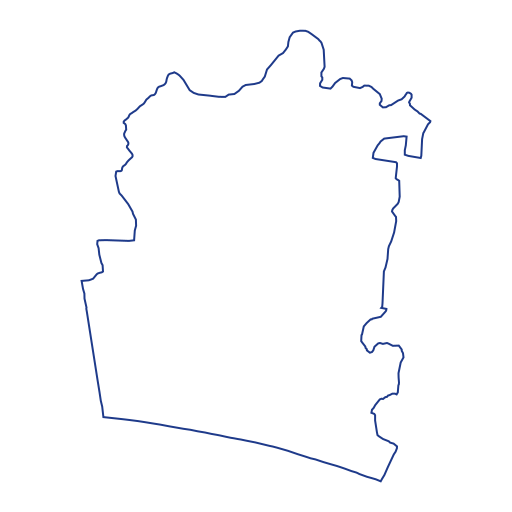 Taxisco, Santa Rosa, Guatemala (orthographic projection)
{"feature_id": "79465075B64159565485617", "entity_name": "Taxisco", "entity_type": "district", "adm_level": 2, "iso_a3": "GTM", "parent_name": "Guatemala", "parent_adm1": "Santa Rosa", "projection": "orthographic", "projection_center": [-90.543, 14.04], "detail": "fine", "context": "isolated", "style": "outline", "palette": "blue", "viewbox_px": 512, "rotation_deg": 0, "n_neighbors": 0, "source": "geoboundaries", "source_scale": "gbopen_adm2", "svg_char_len": 5239}
<svg xmlns="http://www.w3.org/2000/svg" viewBox="0 0 512 512"><path d="M81.6,280.9L83.0,288.8L84.4,293.6L84.5,298.6L86.5,307.6L86.3,308.7L86.9,312.1L97.6,380.4L99.5,392.1L100.8,400.8L102.2,406.6L103.4,417.1L109.0,417.7L122.8,419.2L129.5,420.0L138.1,421.1L145.2,422.2L153.8,423.6L160.2,424.6L169.1,426.3L183.5,428.8L190.5,429.8L197.7,431.3L205.0,432.5L211.4,433.9L217.1,434.9L220.2,435.5L226.0,436.8L230.8,437.8L234.0,438.3L238.2,439.1L240.8,439.5L246.0,440.6L252.1,441.8L255.2,442.4L269.6,445.9L272.6,446.5L276.8,447.6L283.4,449.5L287.9,450.8L297.8,454.2L304.8,456.4L308.2,457.5L310.6,458.3L315.4,459.4L323.5,462.1L330.3,464.1L336.6,465.9L339.7,466.9L344.7,468.6L351.5,471.1L354.9,472.1L356.5,472.6L357.8,473.2L359.3,474.0L361.5,474.8L367.0,476.8L371.0,477.9L375.8,479.3L380.7,481.3L381.9,479.1L384.4,475.0L387.8,467.2L393.8,454.4L395.6,451.7L396.9,448.3L397.0,446.4L393.6,443.6L390.1,442.6L388.8,441.3L383.0,439.0L378.8,436.2L377.5,435.1L376.9,432.1L375.1,420.5L375.1,415.2L374.3,413.9L371.4,412.8L372.0,409.7L373.6,408.0L375.3,405.0L379.8,399.4L381.6,398.7L383.0,399.0L385.4,397.1L386.9,396.9L388.1,395.5L389.6,395.1L392.3,393.7L395.0,393.7L396.6,394.4L397.8,392.4L398.4,385.2L398.8,384.5L399.0,382.7L398.6,377.5L398.5,373.2L400.7,362.5L403.5,357.4L403.0,353.2L401.7,350.7L401.7,349.5L398.8,345.6L392.8,345.8L388.7,343.7L387.0,343.0L382.9,343.9L380.0,343.0L378.2,343.4L374.5,346.7L373.3,350.3L372.0,352.0L369.9,352.7L366.9,350.4L366.8,349.2L365.6,348.0L365.3,346.5L362.1,342.4L361.2,341.1L361.5,335.1L362.0,334.5L363.8,326.4L366.7,323.0L370.6,319.4L371.7,319.4L372.4,318.7L380.8,316.8L385.1,312.0L385.8,311.2L386.3,310.0L386.4,308.9L381.3,307.9L382.2,306.8L382.5,303.3L383.9,271.4L385.5,267.5L387.5,259.0L388.2,249.1L388.9,246.2L391.2,241.4L394.1,232.5L396.2,221.1L396.0,216.9L395.3,216.1L392.0,211.5L392.2,210.5L392.4,209.8L392.8,209.1L393.2,208.4L394.5,207.1L397.8,203.7L398.7,201.9L399.7,196.7L399.2,180.8L398.2,180.1L396.9,179.4L396.2,178.8L395.7,178.2L397.0,166.5L397.0,163.3L396.0,162.2L375.5,159.0L372.8,157.9L373.5,152.8L377.7,145.3L379.4,143.3L380.1,142.2L380.7,141.4L384.2,138.6L403.7,136.2L406.6,136.6L405.8,145.4L404.8,150.2L404.8,154.7L408.4,155.9L420.7,158.0L421.3,155.8L422.1,139.1L423.3,133.1L423.7,132.5L428.0,124.3L430.1,122.2L430.4,121.1L420.7,113.8L419.6,113.6L417.5,111.4L415.8,110.3L414.5,109.4L412.0,107.1L410.0,105.3L409.9,103.8L409.1,102.4L409.3,101.7L411.6,97.7L411.6,94.7L411.0,93.8L410.1,93.2L408.9,92.6L407.5,92.6L406.8,93.0L406.3,93.9L405.4,95.1L404.6,96.5L401.6,99.3L399.3,100.1L398.0,100.6L391.1,105.1L389.2,105.3L386.0,107.2L382.9,107.4L379.8,104.8L379.8,103.3L381.5,101.0L381.7,98.7L379.8,94.1L373.3,88.8L371.5,87.0L368.8,85.7L364.3,85.6L363.6,86.1L362.7,86.9L360.0,88.1L353.4,86.8L351.9,85.6L352.2,82.2L351.6,80.4L349.7,78.6L342.9,78.0L340.2,79.0L335.1,83.0L332.5,86.6L330.5,88.6L322.6,87.5L320.0,85.9L320.1,83.3L322.3,79.8L322.3,77.5L321.4,76.3L321.4,72.5L323.9,68.8L324.6,66.8L323.7,49.7L321.5,42.9L321.1,42.3L320.4,41.3L319.6,40.7L318.3,39.1L311.7,34.2L308.2,31.8L305.4,30.8L300.1,30.7L295.6,31.5L293.0,32.6L289.7,37.2L288.4,41.9L287.9,46.4L285.8,49.6L283.0,53.1L278.6,55.6L270.9,65.1L267.0,69.5L264.8,76.6L262.8,79.4L261.8,81.0L259.4,82.7L254.3,84.0L245.7,85.0L242.5,86.7L238.9,90.8L234.4,94.0L228.7,94.6L225.3,96.9L218.8,96.8L211.5,95.9L210.2,95.7L198.4,94.5L193.7,92.9L189.7,90.2L183.5,79.9L180.8,76.9L179.5,75.5L178.2,74.5L176.5,73.4L174.2,72.3L173.6,72.7L172.1,73.2L171.2,73.4L170.4,73.6L169.5,74.0L168.6,74.6L167.7,76.2L167.4,77.1L167.0,78.1L166.6,79.6L166.4,80.9L166.2,81.8L165.7,83.0L165.1,83.8L164.6,84.3L163.9,84.9L162.9,85.4L162.0,85.7L161.0,86.1L160.1,86.4L159.3,86.6L158.3,87.2L157.6,88.0L157.0,89.2L156.8,89.9L156.5,90.6L156.3,91.4L155.9,92.5L155.6,93.2L154.9,94.2L154.1,94.9L153.4,95.1L152.2,95.3L151.4,95.4L150.5,95.9L149.8,96.5L149.3,97.0L148.7,97.6L148.1,98.2L147.3,98.8L146.3,99.7L145.6,100.9L145.1,101.7L144.4,102.8L143.6,103.8L142.6,104.5L141.4,105.3L140.1,106.1L139.4,106.8L138.3,108.0L137.5,108.9L136.6,109.7L135.6,110.6L134.1,111.5L133.0,112.2L131.5,113.3L130.7,113.7L130.0,114.2L129.3,115.2L129.0,115.9L128.6,116.9L128.0,117.8L127.4,118.3L126.8,118.8L126.2,119.4L125.4,119.9L124.5,120.6L123.7,121.7L123.7,122.9L124.7,123.6L125.3,124.1L125.9,125.4L126.0,126.8L126.1,128.4L126.2,129.7L125.6,130.5L125.2,131.3L124.8,132.2L124.2,133.5L124.1,134.2L124.2,135.4L124.5,136.5L124.9,137.2L125.5,138.2L126.4,139.5L127.2,140.8L127.8,141.5L128.3,142.6L128.4,143.8L128.1,144.7L127.5,145.6L127.0,146.0L126.9,147.3L127.3,147.9L128.0,148.7L128.4,149.3L128.8,149.8L129.2,150.4L130.4,151.8L131.2,152.8L131.9,153.6L132.5,154.8L132.6,156.1L132.1,157.2L130.4,158.7L129.4,159.6L128.4,160.6L127.5,161.6L127.1,162.1L126.6,162.7L126.3,163.4L125.7,164.2L124.9,165.0L123.9,165.7L123.3,166.1L122.6,167.0L122.3,167.6L122.0,169.0L121.9,170.0L121.4,170.8L120.2,171.2L118.6,171.1L117.5,171.1L116.2,171.6L115.5,176.0L118.9,191.8L119.6,193.5L121.6,195.5L128.2,204.1L132.5,211.6L133.0,213.8L135.9,219.6L136.1,225.7L134.8,230.5L134.1,240.3L128.9,240.9L106.0,240.1L98.9,240.3L97.5,240.9L97.2,244.2L98.6,248.2L99.3,254.6L101.4,263.0L102.6,265.2L103.0,271.5L102.2,272.1L101.5,272.4L99.7,272.8L97.7,273.5L96.7,274.3L93.1,278.7L90.8,279.6L88.8,280.3L81.6,280.9Z" fill="none" stroke="#1e3a8a" stroke-width="2"/></svg>